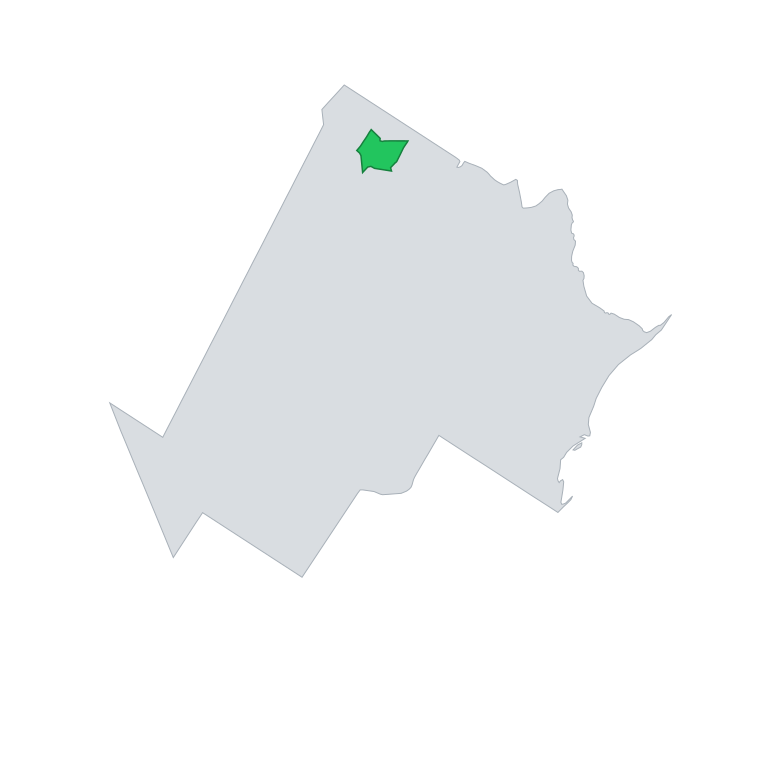 Moughataa d'Enneama, Hodh ech Chargui, Mauritania shown in context, rotated 213°
{"feature_id": "47542326B75019227159374", "entity_name": "Moughataa d'Enneama", "entity_type": "district", "adm_level": 2, "iso_a3": "MRT", "parent_name": "Mauritania", "parent_adm1": "Hodh ech Chargui", "projection": "robinson", "projection_center": [-7.374, 16.407], "detail": "fine", "context": "in_parent", "style": "filled", "palette": "green", "viewbox_px": 768, "rotation_deg": 213, "n_neighbors": 0, "source": "geoboundaries", "source_scale": "gbopen_adm2", "svg_char_len": 3858}
<svg xmlns="http://www.w3.org/2000/svg" viewBox="0 0 768 768"><g transform="rotate(213 384 384)"><path d="M334.5,641.6L333.7,641.3L329.9,638.3L328.1,634.7L325.0,632.1L320.8,630.3L318.1,628.2L316.9,625.9L315.3,624.4L313.7,623.6L313.5,622.8L313.9,621.7L313.6,619.6L311.1,614.9L308.8,612.7L306.9,613.1L305.7,612.5L305.1,611.5L304.8,610.0L303.5,608.6L301.2,608.1L299.3,604.6L298.0,598.2L296.2,593.3L294.0,589.7L292.4,588.4L291.2,588.2L290.8,587.6L290.5,586.6L288.7,586.2L286.2,587.3L284.0,586.9L282.9,585.2L281.4,585.0L279.5,586.4L277.4,586.0L275.1,583.8L273.8,581.5L273.6,579.3L269.6,574.8L261.9,568.1L253.5,565.0L244.3,565.4L239.2,565.1L238.1,564.0L236.9,564.1L235.8,565.3L234.6,565.6L233.3,564.9L232.5,565.4L232.2,567.1L228.9,568.0L222.8,568.0L217.8,569.1L214.0,571.2L208.7,572.0L201.8,571.8L197.6,571.0L196.2,569.8L194.2,569.5L191.7,570.1L189.3,573.4L187.2,579.4L185.5,582.8L184.2,583.7L182.7,588.1L181.8,595.6L180.6,598.9L180.8,580.3L182.9,573.3L183.6,567.2L188.0,553.7L193.1,542.7L198.0,528.0L199.9,513.8L199.5,499.9L198.2,487.5L196.0,479.4L193.9,467.5L190.6,461.3L184.5,455.8L183.2,452.6L184.6,451.4L188.4,450.6L190.8,446.4L185.7,448.0L191.7,435.0L193.6,426.1L193.4,420.3L194.6,416.7L190.3,408.9L187.0,399.1L185.2,397.5L183.4,396.7L183.2,399.0L182.1,401.1L180.0,399.8L176.3,392.7L171.2,381.1L169.3,379.9L167.8,381.5L166.8,383.0L164.8,392.7L164.3,388.8L165.2,384.3L166.6,378.7L168.2,371.0L172.8,371.0L181.0,371.0L197.5,370.9L205.7,370.9L222.2,370.9L230.4,370.9L246.9,370.9L255.1,370.9L271.6,370.8L279.8,370.8L296.3,370.8L304.6,370.8L310.0,370.8L309.7,365.3L309.5,360.9L309.2,355.0L308.9,349.2L308.7,343.3L308.4,337.8L308.1,332.3L307.9,327.2L307.6,322.6L307.2,319.9L305.5,314.5L305.1,311.9L305.7,309.1L306.8,306.4L310.1,301.6L315.0,297.9L320.6,293.6L324.9,290.4L327.1,289.6L333.8,288.4L339.0,286.0L344.2,283.6L346.3,282.2L346.6,277.7L347.5,177.3L372.7,177.3L379.3,177.3L425.7,177.3L432.4,177.3L466.1,177.3L466.1,172.6L466.2,165.8L466.2,156.5L466.2,147.1L466.2,130.7L466.2,123.7L472.9,128.3L486.2,137.5L492.9,142.1L506.2,151.3L519.6,160.5L533.0,169.7L539.7,174.2L546.4,178.8L553.1,183.4L559.8,188.0L573.2,197.2L578.8,201.0L587.5,207.2L595.6,213.0L603.7,218.8L591.2,218.8L574.5,218.8L563.1,218.8L551.4,218.8L540.5,218.8L541.5,228.3L542.5,238.6L543.5,248.9L544.6,259.3L545.6,269.6L548.7,300.6L549.7,310.9L550.8,321.2L551.8,331.5L552.8,341.8L554.9,362.5L556.0,372.8L557.0,383.1L558.1,393.4L559.1,403.8L560.2,414.1L562.2,434.7L563.3,445.0L564.3,455.4L565.4,465.7L566.4,476.0L567.5,486.3L568.5,496.7L569.6,507.0L571.7,527.6L572.7,537.9L573.8,548.3L574.8,558.6L575.9,568.6L580.2,573.8L585.6,580.4L584.1,589.8L582.2,600.9L580.2,613.1L565.1,613.1L550.3,613.1L513.3,613.1L505.9,613.1L469.0,613.1L461.6,613.1L447.3,613.1L443.0,612.8L441.5,611.9L441.0,605.6L439.7,606.0L438.2,607.8L437.5,609.8L437.7,612.4L437.5,614.7L432.7,615.5L426.3,617.0L419.5,618.2L412.7,617.8L410.4,617.2L407.9,616.4L402.5,615.5L399.5,615.4L396.1,615.6L392.2,616.1L390.9,617.3L387.8,622.0L384.9,627.4L383.0,627.4L380.8,624.4L375.0,618.8L367.9,611.4L364.7,607.7L363.0,607.3L359.5,609.9L356.6,612.4L353.6,616.0L352.2,619.5L351.0,623.5L350.5,628.3L349.4,633.9L346.9,638.4L343.9,641.8L341.8,643.4L340.9,644.3L334.5,641.6ZM188.4,438.3L186.1,442.4L185.1,440.8L184.7,438.2L186.8,434.4L187.8,432.4L189.6,431.7L188.4,438.3Z" fill="#d9dde1" stroke="#a8b0b8" stroke-width="1"/><path d="M533.3,590.4L533.3,589.2L533.4,587.2L533.2,582.4L533.2,580.4L533.3,576.3L533.3,570.6L534.0,565.0L530.2,564.4L527.7,563.0L517.1,549.7L515.8,557.1L513.5,559.4L509.4,559.7L502.0,563.0L493.7,566.7L496.3,569.0L495.4,573.7L495.3,574.2L495.2,575.4L494.9,575.7L494.5,577.4L495.4,585.4L496.3,592.6L496.3,595.6L496.2,599.6L496.3,600.9L510.9,591.5L511.2,591.3L512.5,590.4L516.2,587.9L517.4,586.6L519.6,585.8L520.3,586.4L520.7,587.3L521.0,587.9L521.8,588.1L533.3,590.4Z" fill="#22c55e" stroke="#15803d" stroke-width="1.5"/></g></svg>